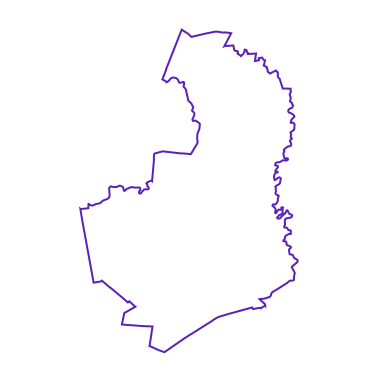 outline of Sacalaz, Timis, Romania, rotated 274°
{"feature_id": "2599482B38355602258624", "entity_name": "Sacalaz", "entity_type": "district", "adm_level": 2, "iso_a3": "ROU", "parent_name": "Romania", "parent_adm1": "Timis", "projection": "mercator", "projection_center": [21.049, 45.772], "detail": "fine", "context": "isolated", "style": "outline", "palette": "violet", "viewbox_px": 384, "rotation_deg": 274, "n_neighbors": 0, "source": "geoboundaries", "source_scale": "gbopen_adm2", "svg_char_len": 6094}
<svg xmlns="http://www.w3.org/2000/svg" viewBox="0 0 384 384"><g transform="rotate(274 192 192)"><path d="M133.3,298.6L135.7,297.2L136.4,296.5L136.5,295.8L136.6,294.0L137.0,293.6L141.0,292.8L141.8,293.1L143.1,294.4L143.9,294.6L145.1,292.9L145.3,291.2L145.6,290.5L146.7,289.8L147.8,289.9L149.1,289.2L149.3,288.4L149.3,286.6L149.6,286.5L150.2,286.7L151.5,287.8L153.7,287.9L154.9,288.5L156.8,291.4L156.9,292.2L156.9,293.1L157.3,293.6L158.6,293.3L159.7,293.4L160.5,293.0L160.7,292.6L160.6,291.6L160.9,290.7L162.7,289.4L162.9,289.0L163.0,288.5L163.0,287.0L163.5,286.4L164.0,286.3L164.9,286.8L165.7,287.0L167.3,287.0L169.1,286.6L171.4,286.9L171.8,287.3L172.5,288.7L173.5,292.7L175.0,293.5L175.9,293.4L176.3,292.9L176.7,291.3L177.1,290.6L177.8,290.0L180.3,288.6L180.4,288.0L180.3,287.7L177.1,286.4L175.1,284.1L171.9,281.7L171.5,280.7L171.7,279.3L172.0,278.8L172.5,278.7L174.9,280.5L175.8,282.2L176.9,283.8L177.4,283.9L179.8,283.5L182.8,283.9L183.1,283.3L182.8,282.3L182.4,282.2L181.1,282.4L180.6,282.2L180.4,281.5L180.5,280.1L180.5,279.7L179.2,278.6L177.2,277.6L176.8,277.2L176.7,276.7L176.8,276.5L177.5,276.4L180.0,276.6L181.4,276.3L182.1,275.6L183.7,273.4L184.0,273.3L184.8,273.4L185.4,274.1L185.2,275.8L185.3,276.1L186.5,276.8L187.4,277.6L189.2,278.2L192.0,278.1L193.9,278.8L194.6,278.5L194.7,277.3L196.1,275.5L197.1,275.3L198.5,275.7L200.7,275.3L201.5,275.4L203.2,274.8L204.3,275.9L205.3,277.6L206.6,279.0L211.4,279.7L211.9,279.6L212.4,279.0L212.7,278.0L212.4,277.3L209.8,274.1L209.7,273.6L209.9,273.5L213.0,272.7L215.9,273.3L216.5,273.7L216.9,274.2L217.4,275.7L217.9,276.1L218.2,275.7L218.3,274.3L218.5,273.8L219.0,273.7L220.1,274.1L222.4,275.8L223.1,276.0L223.9,275.8L224.2,275.4L224.3,273.4L224.7,273.0L225.0,273.0L226.7,273.5L227.3,274.4L227.6,275.2L227.6,275.9L227.9,277.3L228.6,278.6L229.5,279.6L230.0,280.6L229.9,283.9L230.6,285.1L230.8,285.3L231.5,285.4L232.0,285.3L232.2,284.9L232.3,284.4L231.9,283.0L232.2,282.1L233.0,281.5L236.1,280.5L237.1,280.6L239.0,281.3L239.4,281.2L239.5,280.8L240.6,280.8L241.6,281.4L242.0,282.1L242.7,282.7L243.1,283.4L243.9,284.2L244.7,286.9L245.0,287.3L246.4,287.6L247.5,287.5L249.7,286.1L250.8,286.5L252.2,287.9L252.8,287.5L253.6,286.6L255.7,287.0L256.8,286.5L258.4,286.1L258.7,286.4L259.1,287.0L260.9,289.2L261.7,289.6L264.5,289.6L266.1,289.7L267.1,289.4L268.0,288.4L268.2,287.7L268.1,286.6L267.8,286.1L267.9,285.8L268.1,285.6L271.2,286.2L273.8,288.6L274.3,288.9L274.6,288.8L275.3,288.5L276.6,287.1L277.7,284.6L277.9,283.3L278.9,282.5L279.9,282.3L281.0,282.8L281.8,283.6L282.4,284.4L282.5,285.2L283.1,286.0L285.1,286.8L285.7,286.6L286.2,286.0L287.9,285.4L289.0,283.7L289.6,283.3L291.6,283.9L293.0,283.9L296.4,282.6L297.6,283.2L298.9,283.6L299.7,283.6L301.1,282.9L301.9,283.1L301.6,275.3L310.6,271.7L311.2,271.4L312.2,270.2L313.2,269.6L313.8,269.4L316.3,269.5L317.4,269.1L317.5,268.8L319.0,267.4L319.1,267.2L315.6,261.6L317.1,259.4L317.6,259.1L319.1,258.9L320.9,258.0L321.8,258.0L323.1,254.7L324.5,255.1L328.5,255.6L328.4,255.0L329.0,254.1L329.8,253.3L330.9,252.8L330.6,250.6L330.2,249.3L329.4,249.2L328.3,249.7L328.1,249.6L327.0,245.7L334.6,246.2L333.5,238.1L334.7,238.1L335.6,236.8L337.0,236.7L337.6,235.4L337.7,234.7L335.3,234.4L333.1,233.4L331.4,231.6L331.0,231.4L331.9,230.2L332.8,228.6L332.8,228.3L333.0,227.9L333.4,227.7L334.7,228.2L335.7,227.5L335.8,225.4L336.4,224.4L337.1,224.1L337.9,224.0L338.9,223.5L340.3,223.4L341.1,222.7L340.5,219.2L339.9,214.5L339.7,214.1L353.1,220.0L353.4,217.1L353.5,213.4L353.2,212.8L353.7,205.3L353.6,204.1L351.1,194.9L346.7,180.7L347.5,179.5L348.3,178.8L349.8,176.7L353.2,170.4L314.0,158.0L310.8,157.3L302.3,154.6L301.7,155.6L301.0,157.6L300.5,158.2L299.8,158.7L299.7,159.0L300.3,160.1L301.3,160.9L302.1,161.8L303.6,162.7L304.2,163.4L304.5,163.9L304.8,165.0L304.8,166.8L304.4,168.4L303.7,169.4L302.5,170.5L300.6,171.2L300.2,171.7L300.2,173.1L300.6,174.3L301.2,175.5L301.2,176.0L300.7,176.4L299.3,176.6L296.6,176.2L295.9,176.7L294.8,178.0L293.8,178.7L282.9,182.0L282.2,182.6L281.4,183.8L280.4,185.0L276.8,187.3L276.0,187.3L273.7,186.4L273.1,186.4L272.9,186.5L272.1,187.7L271.4,188.3L270.8,188.7L269.4,189.0L267.7,188.6L264.8,187.4L263.6,187.6L263.1,187.9L262.9,188.3L263.0,188.7L263.4,189.6L263.5,190.1L263.2,191.1L261.1,194.6L260.2,195.1L255.9,195.0L250.1,193.3L245.8,193.4L242.4,194.1L240.9,193.9L229.7,188.2L229.9,180.4L229.7,179.2L230.5,159.8L227.7,151.9L226.7,151.6L225.1,151.5L220.8,151.8L200.1,151.4L200.5,150.9L200.4,150.4L198.9,147.4L197.8,146.0L197.3,146.0L196.6,146.8L194.6,147.1L194.1,147.9L193.7,148.3L192.6,148.7L192.3,148.7L191.9,148.3L191.5,147.7L191.5,145.9L191.2,144.0L190.1,143.2L189.0,142.2L187.0,141.1L186.8,140.5L186.9,139.9L187.2,139.4L187.8,139.1L189.2,139.4L190.0,140.0L190.6,140.2L191.9,140.1L192.5,139.9L192.7,139.6L192.8,138.4L192.5,136.1L192.4,133.8L192.5,133.0L192.8,132.1L192.3,130.3L190.5,126.6L188.9,125.3L188.4,124.4L188.9,123.8L191.7,123.1L191.9,122.9L192.6,121.8L193.2,120.2L193.3,119.5L193.2,119.1L192.6,118.2L192.1,116.9L191.7,116.5L191.8,115.5L191.4,114.4L191.6,112.2L191.9,111.1L191.9,110.4L190.5,109.2L189.9,109.1L183.3,110.0L181.5,109.9L180.1,109.3L178.8,107.4L177.7,104.7L176.5,103.0L174.8,101.4L174.3,100.8L173.1,96.5L172.2,95.3L171.6,93.7L171.5,92.8L172.1,90.9L172.6,90.1L173.7,89.6L168.6,89.7L167.2,82.1L167.4,81.8L155.2,84.7L94.7,100.2L96.5,107.6L97.3,108.3L91.8,115.7L91.3,116.5L89.3,119.5L81.2,130.7L77.3,135.8L78.6,137.1L73.8,143.2L73.6,143.5L66.5,132.9L54.9,131.3L54.8,152.4L55.1,162.0L35.2,160.4L35.2,161.2L32.8,167.4L31.4,171.5L30.3,175.7L45.8,195.0L64.7,220.9L65.9,222.2L68.8,226.4L70.0,229.1L73.1,237.5L81.0,260.0L80.0,260.5L79.5,261.1L81.1,267.1L81.1,267.5L80.8,268.6L81.2,268.7L81.3,269.1L81.8,270.1L83.3,272.3L84.1,272.6L83.7,273.0L84.9,272.8L85.3,272.5L89.8,266.8L90.0,267.4L90.2,269.2L91.0,272.5L92.9,277.1L93.6,277.6L94.5,278.0L96.0,278.1L97.8,279.2L100.3,282.9L108.0,293.4L109.1,294.4L110.2,295.6L110.4,296.1L110.6,298.3L111.0,299.4L111.4,299.8L115.2,299.7L118.3,300.2L120.8,298.8L122.7,297.5L124.3,296.8L125.1,297.4L126.6,299.2L128.3,300.7L128.9,301.6L129.4,301.9L131.0,302.2L131.6,302.0L133.3,298.6Z" fill="none" stroke="#5b21b6" stroke-width="2"/></g></svg>